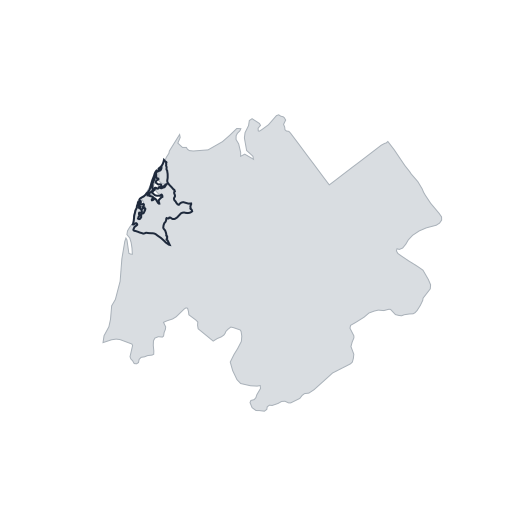 location of Etimbouè, Ogooué-Maritime, Gabon, rotated 53°
{"feature_id": "22940354B22587364924270", "entity_name": "Etimbouè", "entity_type": "district", "adm_level": 2, "iso_a3": "GAB", "parent_name": "Gabon", "parent_adm1": "Ogooué-Maritime", "projection": "robinson", "projection_center": [9.502, -1.676], "detail": "fine", "context": "in_parent", "style": "outline", "palette": "slate", "viewbox_px": 512, "rotation_deg": 53, "n_neighbors": 0, "source": "geoboundaries", "source_scale": "gbopen_adm2", "svg_char_len": 9448}
<svg xmlns="http://www.w3.org/2000/svg" viewBox="0 0 512 512"><g transform="rotate(53 256 256)"><path d="M340.2,89.6L339.9,93.5L336.0,103.1L334.2,110.5L333.7,118.4L334.8,124.7L336.7,129.2L337.9,134.1L337.0,137.6L335.1,139.0L336.4,140.8L339.3,141.2L344.1,139.7L351.6,137.1L361.4,133.3L367.8,131.2L378.5,132.5L384.1,133.9L387.1,136.6L390.2,147.9L391.8,149.6L394.3,154.4L396.5,160.2L397.0,163.2L396.7,165.3L394.6,168.4L392.1,173.0L391.3,175.8L389.3,177.8L386.7,179.9L379.6,180.7L378.5,181.9L376.5,186.8L372.8,190.9L371.1,194.8L369.5,200.1L369.9,206.5L369.1,215.8L368.3,222.2L370.2,224.4L378.7,225.9L380.3,227.1L382.6,231.0L385.5,234.7L393.3,237.0L396.3,239.8L398.7,242.9L399.0,245.4L397.2,255.5L395.5,265.3L396.2,272.6L396.8,279.7L397.7,290.0L397.3,296.3L395.1,300.1L395.1,303.1L396.1,306.7L394.2,316.7L392.9,318.4L389.4,320.3L387.6,323.0L387.0,327.2L385.1,333.0L383.2,335.1L383.2,337.8L385.0,339.7L385.0,342.7L381.5,346.3L379.4,349.0L374.8,350.4L369.5,349.0L368.3,347.0L369.6,343.9L369.1,341.4L367.3,338.8L364.5,332.1L362.0,330.6L360.6,333.4L356.3,338.5L348.6,345.0L343.3,345.6L333.5,343.6L325.2,340.4L321.4,332.8L318.9,326.4L315.4,319.1L311.5,315.6L307.3,313.3L305.4,313.2L299.4,317.3L297.6,318.9L297.6,322.3L298.1,325.5L299.1,327.1L299.8,329.2L299.7,332.4L298.6,336.6L298.2,341.4L279.3,346.0L276.1,344.3L273.7,342.2L270.8,342.6L262.6,345.0L259.6,343.3L256.6,342.1L255.3,343.1L255.1,345.1L256.5,356.3L256.1,360.5L254.2,366.0L253.3,369.8L258.3,370.8L260.1,372.6L261.8,375.4L264.3,378.0L264.4,379.6L261.7,382.5L260.7,386.1L262.0,388.9L265.5,391.8L270.4,394.8L272.9,396.8L272.6,398.6L270.3,402.5L269.4,405.8L267.8,408.7L268.2,411.5L270.4,414.0L270.2,416.3L268.6,418.0L265.5,417.6L262.9,417.9L260.6,417.2L253.2,408.4L251.6,408.1L240.9,414.9L238.2,417.7L236.0,421.7L233.1,430.3L228.2,425.3L224.0,416.1L219.1,410.4L208.9,401.2L206.1,394.5L194.4,379.7L177.5,364.8L165.3,351.9L163.4,349.1L165.5,349.4L177.3,355.9L178.9,355.1L180.2,353.7L175.1,350.3L170.3,347.7L165.7,346.0L161.2,346.2L158.6,343.5L156.9,339.3L156.1,335.8L154.1,332.1L147.6,324.4L146.0,321.5L142.5,317.4L144.6,316.9L151.6,320.8L152.2,319.2L151.6,317.0L144.6,313.3L140.8,313.1L140.0,310.5L140.5,307.5L135.5,296.4L130.3,288.1L129.5,284.1L143.5,302.2L145.3,302.6L147.8,302.4L153.6,300.4L152.5,297.9L149.9,295.3L147.3,296.5L144.0,296.8L142.3,295.7L141.5,293.8L144.8,285.0L143.4,285.5L142.4,287.1L140.6,287.8L137.8,288.3L130.9,283.5L124.8,270.8L123.2,268.2L121.6,263.8L120.0,262.0L113.0,243.9L115.7,245.2L118.8,250.5L125.0,249.4L127.4,246.3L129.5,246.5L131.7,245.8L134.4,242.9L142.4,230.4L144.5,214.0L143.8,204.3L142.6,194.6L145.2,191.5L146.3,193.5L146.8,197.0L148.0,199.5L150.9,201.8L156.1,202.4L164.2,206.0L167.1,208.3L167.9,203.7L177.3,199.8L174.4,198.4L166.1,200.0L154.7,194.2L150.9,190.5L147.4,183.5L143.8,179.8L144.0,176.5L152.2,173.5L154.4,173.8L155.2,177.4L157.4,178.9L158.3,178.4L158.6,175.3L158.7,167.1L156.2,155.2L156.9,152.9L159.2,152.1L161.2,150.5L162.6,150.2L165.3,150.5L166.7,153.3L167.5,154.8L170.3,155.5L172.6,156.9L174.5,156.5L176.2,154.8L178.6,154.5L186.0,154.5L192.8,154.5L206.3,154.6L219.7,154.6L233.2,154.7L243.3,154.7L243.3,147.9L243.2,137.5L243.1,125.1L243.1,113.2L243.0,102.2L242.9,89.3L243.5,85.5L244.1,84.0L243.9,81.8L254.3,81.7L273.2,82.7L281.4,82.5L283.7,82.7L294.0,82.0L302.4,82.9L305.9,83.8L309.1,84.2L319.1,84.8L332.1,84.1L336.5,84.3L339.0,86.1L340.2,89.6Z" fill="#d9dde1" stroke="#a8b0b8" stroke-width="1"/><path d="M195.2,318.2L192.3,317.6L190.2,317.2L189.7,317.4L189.1,317.6L188.7,317.2L188.4,316.3L188.0,316.0L187.5,315.8L187.3,315.4L186.7,315.1L186.3,315.3L185.7,315.4L185.2,314.9L184.5,314.5L183.4,314.0L182.5,313.7L181.3,313.3L180.5,313.2L179.5,313.3L178.5,313.3L177.7,313.1L177.2,312.7L175.8,311.3L175.4,310.7L174.8,309.8L174.5,309.2L174.4,308.4L174.1,307.4L173.5,306.5L173.1,306.0L172.6,305.6L172.2,305.2L171.9,304.6L173.0,303.8L173.4,303.3L173.4,302.7L173.2,302.5L173.1,302.2L173.2,301.9L173.6,301.4L174.2,301.1L175.0,300.9L175.7,300.6L176.3,300.3L176.7,299.8L177.2,299.1L177.5,298.5L177.6,297.7L177.7,296.5L177.7,295.4L177.5,294.5L177.2,292.6L176.8,290.5L176.8,290.1L177.1,288.9L177.3,288.4L177.8,287.5L178.1,287.1L178.6,286.7L179.1,286.3L179.6,285.9L179.8,285.5L180.3,285.1L181.2,283.7L181.7,282.5L181.9,281.4L181.9,280.8L181.9,280.1L181.4,279.9L180.6,279.6L179.6,279.6L179.2,279.9L178.7,279.9L178.4,279.6L178.0,279.2L177.6,278.9L177.1,278.7L176.6,278.2L176.1,277.5L175.9,276.9L175.5,276.5L175.0,276.2L174.0,277.7L173.4,278.5L169.3,281.6L168.7,282.7L168.4,283.7L168.3,284.5L168.4,285.7L168.6,286.1L168.7,286.7L168.5,287.0L168.0,287.3L167.6,287.5L166.4,287.6L165.1,287.6L164.3,287.4L163.8,287.4L163.3,287.5L162.9,287.6L162.4,287.6L161.6,287.4L161.1,287.1L160.7,286.9L160.3,286.4L160.1,286.0L159.8,285.1L159.4,284.6L158.9,284.3L157.9,283.9L157.3,283.8L156.7,283.6L156.2,283.3L155.7,282.8L155.7,282.4L155.6,281.9L155.0,281.7L154.7,281.7L153.9,281.4L153.5,281.6L153.2,281.8L150.1,282.0L147.2,282.4L146.4,282.4L144.1,282.4L143.1,282.0L142.1,281.3L141.4,280.5L140.4,279.5L139.1,278.5L137.3,277.2L135.1,276.0L134.2,275.5L133.4,275.5L133.0,275.4L132.6,275.1L131.6,274.2L131.0,273.8L130.7,273.7L130.2,273.6L129.8,273.5L129.0,272.7L128.0,272.1L127.7,271.9L127.5,271.3L127.0,271.1L126.4,271.3L126.1,271.5L125.5,271.6L123.9,271.7L125.2,273.3L126.3,275.0L127.0,276.6L127.4,278.1L127.5,279.3L127.5,280.1L127.6,281.1L127.8,281.5L128.1,281.4L128.3,281.1L128.6,279.8L128.6,279.4L128.1,278.5L128.1,278.0L128.7,278.4L129.1,278.8L129.8,279.9L130.0,280.7L130.0,281.3L129.9,281.6L129.6,281.8L129.4,282.0L129.2,282.3L129.2,282.5L129.4,282.8L129.5,283.0L129.3,283.5L129.1,283.8L129.1,284.3L129.2,285.0L129.4,285.5L129.8,286.0L130.3,286.3L131.0,286.6L132.7,287.8L133.0,288.1L133.5,288.3L133.9,288.3L134.4,288.3L134.8,287.8L135.3,287.5L135.7,287.6L136.0,287.8L136.1,288.3L135.9,289.2L136.0,290.4L136.4,291.4L136.6,291.6L137.0,291.7L137.4,291.8L138.1,291.6L139.0,291.3L140.0,291.0L140.3,290.8L141.0,289.5L141.3,289.1L141.7,288.9L142.0,288.9L142.4,289.0L142.8,289.4L143.0,289.7L143.3,289.7L143.6,289.7L144.4,289.2L144.7,288.8L144.8,288.3L144.9,287.7L144.6,285.1L144.6,284.8L144.7,284.3L144.8,284.2L145.0,284.3L145.1,284.5L145.0,285.1L145.0,285.3L145.8,286.7L145.9,287.4L145.9,287.9L145.8,288.4L145.2,289.5L145.2,290.3L145.0,290.8L144.7,291.1L144.4,291.3L143.6,291.5L143.0,291.6L142.7,291.7L142.7,291.9L142.8,292.3L143.1,292.6L143.2,293.1L143.2,293.7L142.9,294.2L142.6,294.5L141.8,294.7L141.1,295.0L140.8,295.4L140.7,295.8L140.8,296.3L141.0,296.5L141.5,296.5L142.0,296.8L142.2,297.3L142.1,298.1L142.4,299.9L142.6,300.3L143.0,300.7L143.4,300.7L144.9,300.5L146.0,300.3L147.0,299.9L147.6,299.4L148.2,298.9L148.6,298.4L149.4,297.2L149.8,296.8L150.2,296.2L150.2,295.7L150.0,295.0L150.0,294.6L150.3,294.4L150.9,294.4L151.4,294.5L152.1,294.9L152.5,295.2L152.4,295.7L152.3,296.1L152.5,298.4L152.7,299.5L153.1,300.1L153.5,300.6L154.1,301.0L155.5,301.4L156.0,301.7L155.8,302.0L154.6,302.3L150.8,301.9L149.8,302.0L149.4,302.1L149.1,302.4L149.3,303.6L149.3,304.6L149.1,305.2L148.8,305.6L148.2,305.3L148.0,304.6L148.0,304.1L148.1,303.6L148.2,303.0L147.9,302.7L147.2,302.8L145.9,303.4L145.4,303.7L144.8,304.1L144.2,304.7L143.8,304.9L143.5,304.3L143.1,304.2L142.7,304.3L142.5,304.7L142.9,305.2L142.9,305.6L142.4,306.1L142.0,305.7L141.8,305.1L141.8,304.3L141.6,301.0L141.6,299.9L141.3,298.6L140.7,298.4L140.1,298.3L139.7,298.1L138.9,297.6L138.4,297.1L137.4,296.3L137.2,296.0L136.3,295.4L135.6,294.7L135.2,293.8L134.3,292.8L134.1,292.1L134.0,291.4L133.6,290.9L133.1,290.6L132.5,290.0L132.5,289.5L132.5,288.9L132.2,288.4L131.5,287.7L131.0,287.5L130.4,287.3L129.9,287.1L129.5,286.9L128.8,286.2L128.6,285.7L128.3,284.8L127.7,283.1L128.0,284.6L128.5,286.0L129.2,287.3L130.7,289.3L133.0,293.1L135.5,296.5L138.0,299.6L139.0,301.0L140.0,303.8L140.1,305.9L140.6,307.2L140.9,310.0L140.6,311.2L140.4,312.7L140.4,314.3L140.9,315.4L141.5,315.7L142.3,315.3L142.7,315.0L143.2,315.2L144.0,315.8L144.1,316.5L143.7,317.1L143.7,317.6L144.3,317.7L145.0,318.1L145.2,317.9L145.4,316.8L145.7,316.5L146.1,316.2L146.3,315.5L146.5,314.8L147.1,314.5L147.7,314.7L148.2,315.4L148.5,316.2L148.7,316.8L150.0,318.1L150.0,317.7L149.8,316.9L149.8,316.2L150.1,315.9L150.7,316.3L151.1,316.4L151.4,316.0L151.8,316.0L152.6,317.0L153.0,317.7L154.0,319.7L154.1,320.3L153.8,320.9L153.3,321.2L153.2,321.7L153.4,322.3L154.0,322.7L154.6,323.4L155.9,324.3L156.4,325.7L156.5,326.6L156.2,327.2L155.9,327.3L155.4,327.7L155.1,327.7L154.6,326.8L154.2,326.4L153.8,325.7L153.7,325.0L153.5,324.4L152.8,324.2L152.2,324.3L151.3,323.6L151.1,323.1L151.7,322.4L152.1,321.7L152.1,320.8L151.7,320.3L150.9,319.9L149.8,319.8L148.2,319.8L147.8,320.4L147.0,320.5L146.9,320.0L147.3,319.6L147.5,319.1L147.2,318.7L146.9,319.1L146.6,319.8L145.9,319.6L145.6,319.3L144.6,319.4L143.7,318.9L142.9,317.8L142.2,317.0L141.8,317.3L142.2,318.1L143.2,319.1L144.5,321.1L145.7,322.2L146.4,323.6L147.1,325.0L148.8,326.9L149.8,328.3L150.7,329.3L152.2,330.5L154.2,332.4L156.1,334.4L156.5,335.2L156.6,335.4L156.9,335.2L157.2,334.7L157.3,333.2L157.5,332.2L157.7,331.9L158.4,331.7L159.2,331.8L159.6,332.1L159.7,333.0L159.7,334.9L159.8,335.8L160.6,337.2L160.9,337.7L161.2,338.1L161.7,338.3L162.2,338.2L162.9,337.8L163.6,337.1L166.1,335.4L166.7,335.1L167.6,334.5L169.0,333.4L170.1,332.7L170.4,332.4L170.8,331.5L171.3,329.8L171.7,329.3L172.5,328.6L174.2,326.7L175.6,324.9L176.5,324.0L177.2,323.5L178.1,323.0L180.3,322.4L181.5,322.0L184.5,321.0L188.2,320.3L191.0,319.9L192.3,319.5L193.0,319.2L193.9,319.0L194.6,318.7L195.2,318.2Z" fill="none" stroke="#1e293b" stroke-width="2"/></g></svg>